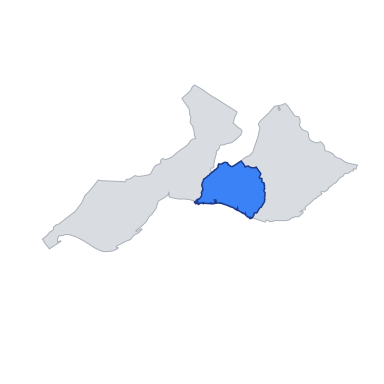 location of Zambezia within Mozambique, rotated 53°
{"feature_id": "MOZ-1906", "entity_name": "Zambezia", "entity_type": "Province", "adm_level": 1, "iso_a3": "MOZ", "parent_name": "Mozambique", "parent_adm1": "", "projection": "robinson", "projection_center": [37.187, -16.952], "detail": "fine", "context": "in_parent", "style": "filled", "palette": "blue", "viewbox_px": 384, "rotation_deg": 53, "n_neighbors": 0, "source": "natural_earth", "source_scale": "10m", "svg_char_len": 9329}
<svg xmlns="http://www.w3.org/2000/svg" viewBox="0 0 384 384"><g transform="rotate(53 192 192)"><path d="M126.0,259.6L128.2,257.8L142.7,240.3L143.7,239.6L142.4,236.7L144.3,233.4L144.5,228.1L145.1,227.3L147.3,225.5L150.4,220.1L152.3,215.9L152.5,213.9L149.7,208.2L148.9,205.1L149.7,202.5L150.0,200.0L149.6,199.2L147.9,198.1L147.6,197.0L147.6,195.7L147.9,195.0L150.0,193.8L150.5,193.2L152.1,186.5L151.5,181.5L151.5,175.8L151.8,169.8L151.6,166.5L150.3,162.6L150.1,159.8L151.1,157.9L151.3,156.7L148.0,156.1L146.3,154.5L140.1,152.0L135.3,151.6L131.3,147.7L128.2,147.1L124.2,144.3L111.5,143.8L111.1,143.4L110.5,134.9L110.1,132.1L108.5,129.1L108.0,127.0L108.1,125.6L115.1,122.5L128.7,118.1L131.7,116.6L155.0,107.9L155.7,108.4L158.0,112.9L161.9,117.9L162.9,117.3L168.5,116.4L169.3,115.8L171.0,115.3L172.9,115.1L173.6,115.4L175.7,118.5L176.4,124.3L176.5,128.3L176.3,131.1L174.6,134.4L173.4,138.5L171.7,140.8L171.7,141.8L173.7,144.3L174.2,145.3L174.1,147.4L174.4,148.3L176.2,149.6L177.5,151.6L182.6,157.6L183.9,158.7L184.9,158.9L185.4,160.1L185.1,161.5L184.3,162.2L184.7,163.3L185.6,164.2L187.9,164.1L188.2,163.7L188.1,158.4L187.2,155.4L186.3,154.0L188.2,148.3L189.3,146.7L193.1,146.1L194.8,145.6L195.5,144.9L196.1,143.1L196.5,138.1L196.7,133.3L196.3,130.6L196.8,126.4L197.6,123.8L197.2,123.3L196.9,119.8L187.4,105.8L182.0,99.6L181.1,98.9L178.1,98.4L176.6,96.1L175.2,83.6L173.2,74.5L176.3,68.5L177.3,64.6L178.0,64.1L180.6,63.8L190.0,64.0L192.4,64.3L193.4,63.9L195.9,61.6L197.9,61.6L200.6,63.1L202.1,64.4L202.3,65.5L204.1,66.2L207.5,66.4L210.0,65.8L211.5,64.5L213.1,63.7L214.8,63.7L216.1,64.1L217.0,65.1L218.6,65.8L221.1,66.3L223.7,65.6L226.7,63.9L228.3,62.1L229.2,59.1L229.8,58.7L233.8,58.5L236.0,59.0L238.8,60.9L243.6,57.6L246.7,56.4L249.6,56.4L252.0,55.6L253.9,54.0L255.9,53.0L259.9,51.8L262.6,50.2L270.2,43.7L271.0,45.6L272.5,47.3L270.5,49.2L272.3,50.3L271.0,52.1L270.8,53.4L271.4,54.6L270.6,56.6L269.5,58.2L269.2,59.4L270.2,61.5L269.6,65.3L271.2,71.6L270.7,73.7L271.0,78.6L270.5,80.4L271.4,81.0L271.9,83.0L271.5,86.4L269.8,87.9L269.6,89.3L271.7,89.3L271.7,93.6L271.4,94.9L271.9,96.3L271.3,98.0L272.0,104.9L272.1,109.9L272.2,110.7L274.0,111.5L273.9,112.9L272.8,114.7L272.9,117.4L274.1,115.3L274.9,115.3L275.6,116.1L275.6,119.2L276.0,120.7L275.8,122.0L273.7,124.5L273.6,126.9L272.8,127.2L272.4,127.8L272.9,129.2L272.9,130.5L271.4,134.3L264.3,143.5L264.1,145.0L262.3,147.9L260.3,148.4L259.2,149.2L260.1,151.7L250.5,158.2L249.6,159.1L248.0,161.4L244.9,162.7L241.5,162.8L240.9,163.3L233.2,166.3L231.7,167.7L228.4,169.0L223.2,172.2L219.0,175.3L214.2,179.9L213.6,182.3L211.3,185.6L207.9,189.4L205.9,192.5L205.8,193.9L204.6,194.4L203.6,193.0L203.2,195.6L202.3,195.8L201.4,195.2L197.2,198.0L194.0,201.1L189.5,207.0L183.0,212.8L181.5,212.9L179.4,210.9L178.3,210.8L180.0,213.0L179.9,217.8L179.1,223.5L179.2,224.7L183.6,230.8L185.7,237.8L185.9,241.4L188.1,246.0L189.1,253.0L188.9,259.5L189.9,260.6L190.3,259.6L190.5,255.6L191.1,254.4L191.7,254.6L192.2,256.8L192.4,259.2L191.6,264.2L191.9,266.3L193.0,269.8L191.7,273.8L189.8,284.9L190.3,285.6L191.2,285.8L191.6,284.6L192.2,284.6L192.5,285.3L191.7,289.7L190.9,291.6L188.1,296.3L186.5,298.3L184.0,300.3L178.0,303.4L166.0,307.8L158.5,311.3L152.5,315.5L149.9,318.3L148.9,321.5L146.9,324.8L148.6,327.6L150.9,329.5L151.9,326.3L152.5,326.2L151.6,340.1L143.4,340.3L141.0,339.8L139.6,339.9L139.5,334.1L138.4,329.8L138.8,326.7L138.6,325.0L136.9,323.9L136.4,320.6L137.4,318.0L137.2,296.9L134.2,286.6L130.2,279.2L129.9,275.5L128.1,267.3L126.0,259.6ZM178.4,73.6L179.4,73.1L179.5,72.1L178.9,71.5L178.3,71.7L178.1,73.3L178.4,73.6ZM177.7,71.7L176.9,71.0L176.3,71.2L176.1,71.8L176.8,72.7L177.4,72.7L177.7,71.7Z" fill="#d9dde1" stroke="#a8b0b8" stroke-width="1"/><path d="M196.8,134.1L202.5,134.0L203.0,134.3L203.4,134.5L203.7,134.7L203.8,134.7L204.0,134.5L204.2,134.2L204.4,133.9L204.4,133.5L204.3,133.1L204.4,132.9L204.7,132.3L205.2,131.3L205.3,131.2L205.8,131.3L206.0,131.3L206.3,131.1L206.6,131.0L207.2,130.5L207.4,130.5L207.7,130.4L208.3,130.0L209.2,128.9L209.4,128.7L209.6,128.3L210.0,128.0L210.6,126.9L210.7,126.6L210.6,125.8L218.6,126.0L219.2,126.5L219.5,127.0L219.6,127.4L219.9,127.8L220.2,128.7L220.4,128.9L220.9,129.2L221.1,129.6L221.7,129.5L222.1,129.4L222.3,129.3L222.4,129.1L222.7,128.5L222.8,128.4L223.1,128.2L223.5,128.1L223.9,128.4L224.2,128.8L224.3,128.9L224.4,129.0L224.8,129.2L224.9,129.3L225.0,129.5L225.5,129.8L225.7,130.0L225.9,130.1L226.0,130.1L226.4,130.1L226.8,129.8L227.1,129.5L227.5,129.4L227.9,129.2L228.1,129.1L228.3,129.1L228.6,129.2L228.9,129.8L229.2,130.0L229.4,130.0L229.6,129.9L230.2,129.9L230.3,130.0L230.7,130.4L230.8,130.7L230.9,130.8L231.2,130.9L231.9,131.3L232.3,131.6L232.7,131.7L233.2,132.0L233.2,132.5L233.3,132.6L233.6,132.8L233.8,133.4L234.0,133.6L234.3,133.8L234.7,134.0L235.5,134.1L235.8,134.1L236.3,134.0L236.9,134.3L237.2,134.6L237.4,134.8L237.8,135.1L238.0,135.5L238.5,135.9L239.1,136.1L239.3,136.3L239.5,136.5L239.7,137.1L239.8,137.3L240.0,137.4L240.7,137.8L241.5,138.0L241.8,138.5L242.2,139.0L242.3,139.1L243.3,139.8L243.4,140.2L243.8,140.8L243.9,141.4L244.2,141.8L244.2,142.1L244.3,142.3L244.5,142.6L244.7,142.8L244.7,143.0L244.6,143.4L244.7,143.6L245.1,144.2L245.4,144.8L245.7,145.7L245.8,145.9L245.7,146.1L245.7,146.3L245.5,146.8L245.5,147.2L245.5,147.5L245.7,148.2L245.8,148.6L245.9,148.8L246.3,149.5L246.5,150.0L246.7,150.3L246.8,150.6L246.9,151.2L247.2,151.7L247.3,151.9L247.4,152.2L247.5,152.8L247.5,153.0L247.5,153.4L247.4,153.5L246.8,153.7L246.6,153.8L246.4,154.2L246.4,154.8L246.4,155.0L246.5,155.3L246.7,155.6L247.2,155.8L247.4,156.0L247.9,157.1L247.9,157.4L248.0,157.6L248.4,158.1L248.5,158.4L248.7,158.7L248.7,159.0L248.7,159.4L248.7,159.6L248.7,159.9L248.6,160.1L248.3,160.3L248.0,160.4L248.3,160.5L248.5,160.4L248.6,160.8L248.5,161.1L248.4,161.4L248.1,161.6L247.9,161.8L247.3,161.8L246.8,161.8L246.2,161.9L245.3,162.5L244.7,162.7L242.3,163.0L242.0,162.9L241.6,162.5L241.4,162.4L241.7,162.9L241.4,163.3L240.9,163.5L240.3,163.6L240.4,163.3L239.7,164.1L239.4,164.1L239.1,163.9L238.9,163.9L238.8,164.1L238.9,164.4L234.4,166.3L234.2,166.5L233.9,167.0L233.7,167.1L233.4,167.1L233.1,166.7L233.1,165.5L232.9,165.1L233.0,165.5L232.8,165.6L232.6,165.6L232.2,165.4L232.4,165.7L232.8,166.2L233.0,166.6L232.6,166.9L232.9,167.1L232.6,167.4L231.6,167.9L229.5,168.3L228.6,168.9L226.6,170.4L226.4,170.4L226.5,170.2L226.1,170.4L225.5,170.9L224.9,171.4L224.3,171.3L223.9,171.8L221.9,173.1L221.5,173.6L221.2,173.8L220.9,173.7L220.6,174.1L220.4,174.2L220.2,174.3L219.8,174.3L219.6,174.4L219.6,174.7L219.4,175.0L219.0,175.2L218.5,175.4L218.2,175.3L218.1,176.0L217.6,176.6L216.5,177.6L215.4,179.7L214.9,180.2L214.8,179.7L214.7,179.9L214.4,179.5L213.8,179.0L213.8,178.8L213.8,178.5L213.7,178.3L213.4,177.9L213.0,177.7L212.5,177.8L212.3,178.3L212.8,177.9L213.2,178.2L213.4,178.8L213.5,179.4L213.6,180.0L213.7,180.3L214.2,180.4L214.8,180.9L214.3,181.9L214.1,182.2L213.7,182.6L213.6,182.9L213.5,183.2L213.4,183.4L213.1,183.4L212.7,183.2L212.4,183.2L212.2,183.4L212.0,183.7L211.8,184.2L212.1,184.1L212.6,183.7L212.8,183.6L212.6,184.0L211.5,185.4L210.9,186.0L209.4,187.9L208.6,188.7L208.1,188.8L208.0,189.5L207.9,189.8L207.5,189.5L207.5,189.9L207.6,190.0L207.1,190.0L206.9,190.1L207.0,190.4L206.9,190.6L206.6,191.0L206.0,192.5L205.8,192.9L205.8,192.6L205.7,192.4L205.6,192.5L205.4,193.0L205.3,193.4L205.4,193.5L205.6,193.4L205.8,193.4L205.8,193.6L206.0,194.0L205.9,194.2L205.1,194.6L204.7,194.4L204.4,194.2L204.1,194.1L203.7,193.7L203.2,192.6L203.2,193.1L203.5,194.4L203.6,195.0L203.4,195.6L203.5,195.7L203.7,195.9L203.7,196.0L203.3,196.0L202.8,196.1L202.3,196.2L201.8,196.3L201.5,196.0L201.5,195.0L201.5,194.6L201.8,194.6L202.0,194.4L202.2,194.2L202.5,193.8L202.4,193.7L202.2,193.3L201.9,192.9L201.5,193.0L201.2,193.0L201.2,192.8L201.5,192.6L201.3,192.3L201.3,191.7L201.3,191.1L201.6,190.9L201.9,190.8L201.9,190.7L201.8,190.3L201.8,189.4L201.6,189.0L201.4,188.3L201.4,188.2L201.2,187.9L201.1,187.4L201.0,187.0L200.8,186.7L200.6,186.4L200.3,186.2L200.1,186.0L199.9,185.7L199.7,185.6L199.0,185.3L198.1,184.8L197.8,184.4L197.8,183.9L197.7,183.8L197.5,183.3L196.9,182.7L197.1,182.3L196.8,182.1L196.0,181.7L195.4,181.1L195.1,180.9L194.6,180.8L194.2,180.6L193.4,180.6L193.2,180.6L192.5,180.0L192.0,179.6L191.8,179.4L191.7,178.9L191.5,178.7L191.3,178.5L190.8,178.2L190.6,178.0L190.5,177.7L190.4,177.1L190.3,176.8L190.3,176.7L190.2,176.6L189.9,176.3L189.8,176.2L189.6,176.0L189.1,175.3L188.7,175.0L188.9,174.2L188.9,170.7L188.7,169.7L188.7,169.2L188.8,168.9L189.0,168.6L189.0,168.4L188.8,167.8L188.5,167.0L188.4,166.6L188.3,164.5L188.2,164.3L188.4,164.1L188.4,163.8L188.5,163.5L188.5,163.1L188.3,162.5L188.3,162.2L188.5,161.8L188.6,161.6L188.5,161.4L188.0,161.1L187.9,161.0L187.9,160.9L188.1,160.7L188.1,160.0L188.1,159.6L188.5,159.2L188.4,158.8L188.1,158.1L188.1,157.7L188.0,156.5L188.0,156.4L187.6,156.0L187.4,155.8L187.1,155.5L186.7,155.2L186.4,155.2L186.0,154.4L185.7,153.6L187.0,152.6L187.2,152.3L187.3,152.0L187.3,151.3L187.4,151.0L187.7,150.5L187.8,150.3L187.6,149.8L187.6,149.6L187.7,148.7L188.0,148.1L188.4,147.5L189.5,146.4L189.8,146.2L190.2,146.1L190.5,146.1L190.8,146.2L191.1,146.4L191.2,146.7L191.3,146.8L191.5,146.9L191.8,146.8L191.9,146.5L191.9,146.4L192.3,146.3L193.8,145.8L194.0,145.8L194.3,145.9L194.6,145.8L195.7,144.9L196.0,144.6L196.1,144.2L196.1,143.9L196.1,143.4L196.1,143.1L196.3,142.0L196.8,134.1Z" fill="#3b82f6" stroke="#1e3a8a" stroke-width="1.5"/></g></svg>